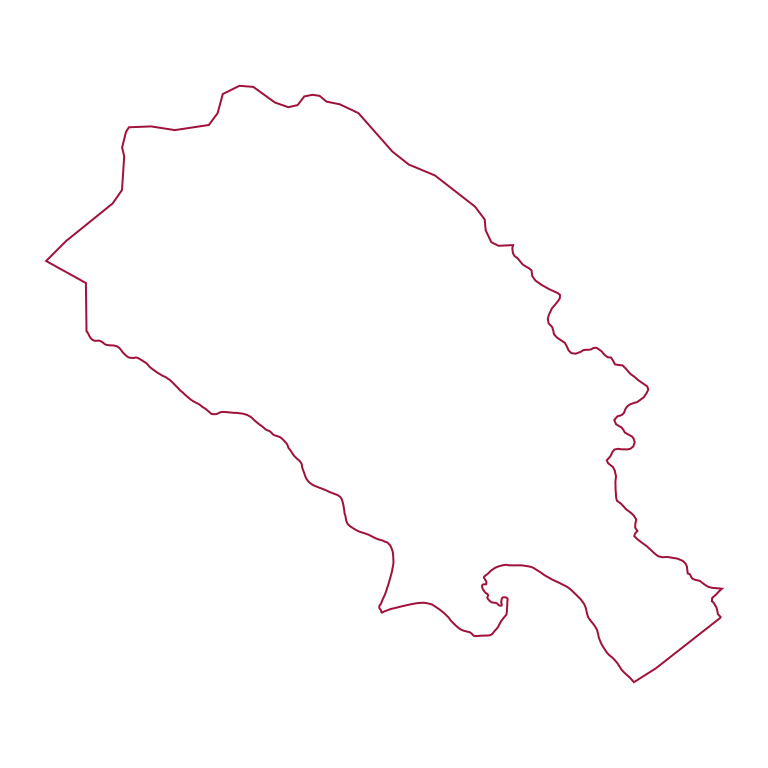 Karmir, Gegharkunik, Armenia (Albers equal-area conic projection)
{"feature_id": "60910142B90177126374214", "entity_name": "Karmir", "entity_type": "district", "adm_level": 2, "iso_a3": "ARM", "parent_name": "Armenia", "parent_adm1": "Gegharkunik", "projection": "albers", "projection_center": [45.299, 40.582], "detail": "fine", "context": "isolated", "style": "outline", "palette": "rose", "viewbox_px": 768, "rotation_deg": 0, "n_neighbors": 0, "source": "geoboundaries", "source_scale": "gbopen_adm2", "svg_char_len": 6106}
<svg xmlns="http://www.w3.org/2000/svg" viewBox="0 0 768 768"><path d="M86.5,331.3L87.1,331.8L88.1,333.4L89.1,335.5L89.9,337.0L90.8,338.3L92.5,339.9L94.4,340.7L96.4,340.8L98.6,340.6L99.8,340.8L101.8,341.8L102.8,342.5L104.8,344.1L105.6,344.6L107.9,345.1L109.5,345.3L112.6,345.4L115.9,345.9L117.4,346.6L119.2,347.9L120.3,349.0L123.0,352.7L124.1,353.7L125.9,355.5L128.4,357.3L130.5,357.8L133.6,358.0L135.7,357.5L137.1,357.7L138.5,358.3L142.2,360.5L143.6,361.5L145.7,362.7L147.4,364.1L149.2,366.4L151.1,368.1L156.4,372.0L162.9,376.0L165.1,376.8L168.0,378.8L169.4,379.6L171.1,381.2L171.9,381.8L174.2,384.2L175.7,385.7L176.6,386.7L178.2,388.2L179.7,390.0L183.2,392.9L184.7,394.4L188.0,397.3L190.7,399.5L193.1,401.2L195.3,402.3L196.5,403.0L197.8,403.5L199.4,404.5L203.0,407.3L205.1,408.5L209.4,412.1L210.9,413.5L211.9,414.1L214.8,414.2L216.3,414.1L218.0,413.5L219.1,412.8L220.3,412.3L222.4,411.9L227.6,412.2L234.2,412.9L237.0,412.9L240.3,413.4L242.1,413.5L243.4,413.8L246.1,414.6L247.5,415.1L250.5,416.8L251.9,417.8L252.9,418.9L256.7,422.3L259.6,424.6L262.5,426.6L265.4,429.3L267.4,430.3L269.5,431.1L270.4,431.7L273.1,434.5L273.9,435.0L275.0,435.4L279.5,436.9L280.6,437.5L282.5,439.1L286.5,443.4L287.4,444.9L288.0,446.4L288.3,447.5L288.8,448.4L290.1,449.8L293.0,454.3L294.3,456.1L297.1,458.8L298.9,460.2L299.9,461.2L300.7,462.3L301.4,463.5L301.8,464.5L302.1,467.0L302.7,469.1L304.2,473.0L304.8,475.0L305.8,477.5L306.6,479.1L307.5,480.3L309.2,482.4L310.3,483.2L312.7,484.9L315.0,486.0L326.3,490.4L329.7,492.1L337.2,494.9L338.5,495.6L340.5,497.2L341.0,497.9L341.9,499.6L343.2,504.0L344.2,510.1L344.5,513.0L345.5,516.3L345.9,519.1L346.4,521.3L346.9,522.4L347.3,523.3L347.8,524.1L348.7,525.0L349.8,526.0L352.3,527.7L355.0,529.4L358.8,531.4L361.8,532.4L364.9,533.4L368.8,534.8L373.4,537.2L376.9,538.8L378.8,539.5L382.5,540.5L383.3,540.8L384.6,541.6L387.1,542.3L389.9,545.0L390.4,545.8L391.3,547.7L392.3,550.4L392.7,551.7L392.9,553.1L393.2,556.0L393.3,558.8L393.5,562.2L393.3,564.1L392.1,570.8L390.4,577.4L388.0,585.6L387.1,588.0L386.3,590.8L384.9,594.7L382.6,599.5L381.0,603.7L380.0,604.9L379.4,606.2L379.2,607.1L379.3,607.8L379.7,608.7L380.9,610.1L381.2,610.9L381.4,612.3L381.8,612.6L382.9,612.2L384.1,611.5L389.7,609.4L391.1,608.9L396.8,607.6L401.8,606.3L410.2,604.4L416.3,603.3L419.5,602.9L423.4,602.8L425.1,602.9L428.8,603.6L431.5,604.3L432.9,605.0L439.6,609.5L442.5,611.8L444.4,613.4L446.4,615.3L449.0,618.0L450.8,620.6L455.3,625.1L458.6,628.0L461.4,629.8L463.9,630.8L470.0,632.3L471.7,633.6L472.5,634.6L473.4,635.5L474.1,635.9L476.2,636.1L480.9,635.7L488.1,635.5L489.6,635.3L491.4,634.6L492.2,634.0L495.0,630.5L496.3,629.2L497.6,627.7L498.7,625.7L500.6,622.1L501.9,620.1L504.2,617.2L505.2,616.1L506.3,614.7L506.7,613.1L506.9,611.3L506.9,609.5L507.2,605.9L507.4,601.0L507.7,599.7L507.5,598.7L507.3,598.2L506.6,597.7L505.5,597.3L504.4,597.3L502.8,597.4L502.2,598.0L501.8,598.9L501.5,599.8L501.5,600.8L501.1,602.4L501.6,603.8L501.8,604.9L501.6,605.5L501.1,605.7L499.8,605.6L499.2,605.4L498.6,605.0L497.2,603.6L496.5,603.1L495.7,602.9L492.5,602.5L491.5,602.2L490.7,601.8L488.5,599.6L488.0,599.1L487.4,598.0L487.3,597.4L487.9,596.0L488.1,595.1L487.8,594.5L487.4,594.0L486.7,593.7L485.5,592.8L484.8,592.0L482.9,589.3L482.2,587.3L482.0,586.5L482.1,585.8L482.3,585.2L482.6,584.8L483.0,584.5L484.0,584.3L486.0,584.3L486.3,584.1L486.4,583.4L486.2,581.3L484.0,577.8L483.9,577.4L484.0,577.0L484.5,576.4L485.1,575.8L487.8,573.8L490.7,570.9L494.3,568.3L496.0,567.4L498.2,566.5L502.9,565.2L506.1,564.8L509.0,565.3L510.3,565.3L521.4,565.3L527.5,566.2L530.7,566.8L532.6,567.5L534.0,568.2L540.8,572.5L544.5,575.2L552.2,579.6L559.0,582.7L567.4,587.0L570.8,589.6L574.7,593.3L580.9,599.5L584.2,604.1L585.3,606.6L586.0,608.9L587.0,613.5L587.8,616.2L588.2,617.2L589.5,619.2L591.7,622.1L592.7,623.2L594.5,625.6L596.6,629.0L597.1,630.1L597.8,632.8L598.2,634.1L598.4,635.8L599.1,638.4L600.3,641.3L601.7,644.5L603.6,647.6L606.9,652.6L608.2,654.0L609.2,655.1L612.0,657.3L614.3,659.6L617.1,662.8L618.6,665.0L621.4,669.5L623.2,671.5L626.4,674.6L629.9,677.7L633.9,682.2L655.9,668.3L720.2,617.9L720.6,616.9L717.9,614.2L717.2,610.2L716.4,607.3L714.8,604.8L713.7,602.7L711.9,601.3L712.2,597.9L715.8,594.8L718.8,591.6L721.9,588.7L712.0,587.8L708.6,587.0L706.0,585.5L704.1,584.2L699.7,580.8L695.3,579.9L692.3,578.6L691.1,576.7L689.8,574.2L687.7,573.4L686.9,566.5L685.6,563.7L682.8,560.9L677.4,558.6L667.0,556.9L662.9,557.3L658.1,556.2L654.6,553.5L646.7,546.1L641.9,542.7L637.4,539.2L634.2,536.1L635.1,533.5L637.4,531.0L636.4,529.6L635.2,527.6L635.3,523.8L636.3,519.7L633.7,515.4L631.1,513.0L625.9,509.1L621.3,503.9L617.0,500.8L616.2,497.9L615.6,489.8L615.4,481.6L616.0,476.4L614.8,470.7L612.9,467.0L608.1,463.2L606.8,460.3L610.6,456.0L612.5,451.9L614.3,449.6L617.7,448.8L621.6,449.3L627.5,449.4L630.5,448.7L633.3,446.4L634.7,442.3L633.5,438.3L631.9,436.5L624.9,432.6L623.4,429.9L621.7,427.6L616.1,424.3L614.3,420.0L617.3,416.4L621.6,415.1L623.9,413.0L625.7,408.5L627.6,406.0L630.5,404.2L634.4,402.8L637.1,402.1L640.1,400.0L643.9,397.1L646.7,392.8L648.3,389.6L647.3,386.5L645.1,384.9L638.4,380.3L634.6,376.9L630.1,373.7L626.0,368.8L622.5,365.4L617.8,364.9L615.0,364.3L613.0,360.6L611.1,357.6L607.6,357.2L604.4,354.8L601.6,351.3L597.2,348.2L595.6,347.7L592.9,348.2L591.4,349.3L588.6,349.8L585.7,349.8L583.2,350.2L580.8,351.8L575.7,353.7L571.3,353.1L568.6,350.4L566.7,346.2L564.9,342.9L557.3,337.8L554.1,334.5L553.1,330.0L552.1,326.9L548.6,323.4L547.8,318.9L548.9,314.8L552.0,308.2L555.6,304.1L558.2,300.8L559.8,298.3L560.0,294.9L557.8,293.1L549.0,289.1L541.7,285.0L535.5,280.6L532.3,276.2L531.5,270.4L529.2,268.4L526.3,266.8L522.6,264.4L517.7,258.4L514.3,255.8L512.9,252.9L512.3,248.2L513.1,245.1L498.5,245.8L491.3,242.2L485.7,230.4L484.7,219.5L475.0,206.6L435.0,175.5L408.7,164.5L392.3,151.5L358.4,113.1L339.8,104.3L326.4,101.6L319.7,95.9L312.5,94.8L304.3,96.4L297.6,105.1L288.3,107.2L274.9,102.5L253.3,86.9L239.4,85.8L222.8,94.0L217.6,113.2L208.8,125.0L174.8,130.1L151.1,126.4L128.9,127.3L126.0,131.9L122.1,147.5L124.2,156.3L122.0,190.0L112.7,203.4L66.1,241.0L46.1,261.0L85.9,283.0L86.5,331.3Z" fill="none" stroke="#9f1239" stroke-width="2"/></svg>